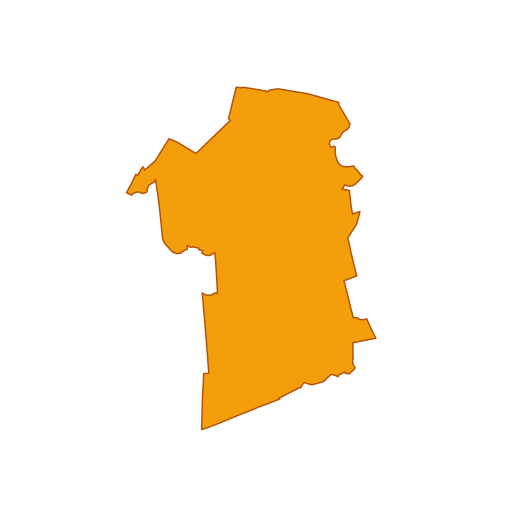 Tiream, Satu Mare, Romania (Equal Earth projection), rotated 305°
{"feature_id": "2599482B66236649043849", "entity_name": "Tiream", "entity_type": "district", "adm_level": 2, "iso_a3": "ROU", "parent_name": "Romania", "parent_adm1": "Satu Mare", "projection": "equal_earth", "projection_center": [22.455, 47.592], "detail": "fine", "context": "isolated", "style": "filled", "palette": "amber", "viewbox_px": 512, "rotation_deg": 305, "n_neighbors": 0, "source": "geoboundaries", "source_scale": "gbopen_adm2", "svg_char_len": 6082}
<svg xmlns="http://www.w3.org/2000/svg" viewBox="0 0 512 512"><g transform="rotate(305 256 256)"><path d="M263.9,389.5L266.5,385.1L268.0,382.7L267.0,382.0L265.9,381.0L264.8,379.6L263.9,378.1L263.4,377.1L263.4,376.6L263.5,375.7L263.5,374.5L263.3,374.1L262.5,372.7L261.2,371.1L266.2,365.3L268.6,362.4L273.2,357.2L277.6,352.3L279.6,349.9L284.8,343.9L286.3,342.3L286.8,342.7L291.4,345.8L297.4,349.9L298.5,348.7L300.8,346.1L304.1,342.3L307.1,338.9L313.7,331.4L321.2,323.4L323.1,321.1L323.5,320.8L337.9,320.2L338.8,320.3L339.7,320.2L340.3,320.0L351.8,315.8L351.9,315.6L346.6,311.6L345.8,311.0L350.9,305.7L359.3,298.3L362.7,295.2L363.2,295.0L361.2,290.3L360.3,288.3L364.9,287.9L365.9,290.0L366.4,292.0L366.8,292.6L367.3,293.1L368.7,294.5L369.2,294.9L370.2,295.4L372.5,296.3L374.0,296.5L377.8,297.3L379.2,297.5L379.6,297.6L380.5,297.7L381.7,297.7L382.1,297.8L382.5,297.3L382.7,297.1L382.7,296.6L382.6,295.5L382.7,295.0L382.8,294.4L383.0,293.5L383.5,292.1L384.2,290.3L384.4,289.1L384.3,288.2L384.4,287.6L384.5,287.2L384.9,286.1L385.3,285.4L385.6,284.8L385.7,284.3L385.4,283.9L385.0,283.6L384.5,283.1L383.9,282.5L382.9,281.3L382.3,280.6L380.7,278.5L380.3,277.9L379.6,276.6L378.9,275.0L378.9,272.7L378.9,272.4L379.2,271.2L379.6,269.9L380.1,269.0L380.2,268.7L381.0,267.4L381.9,266.1L382.7,265.1L383.4,264.3L384.2,263.4L384.6,262.8L385.4,262.1L386.0,261.6L386.8,261.1L388.2,260.2L389.8,259.2L390.2,258.9L390.4,258.6L390.6,258.4L390.8,257.9L390.8,257.2L390.7,256.9L390.2,256.5L389.1,256.0L388.1,255.2L387.9,255.0L387.9,254.8L388.4,254.1L389.6,252.4L389.8,252.0L390.2,251.7L391.2,251.1L391.7,250.9L392.2,250.8L392.6,250.7L393.2,250.7L393.7,250.8L394.2,251.0L394.7,251.2L395.4,251.7L396.0,252.3L396.4,252.7L397.2,253.8L398.5,255.2L398.9,255.5L399.5,255.8L400.2,256.2L400.7,256.4L401.1,256.5L402.8,256.5L404.3,256.3L405.0,256.2L406.4,256.2L407.0,256.3L408.1,256.4L408.7,256.6L409.7,257.1L412.0,258.1L412.5,258.2L413.0,258.3L413.5,258.4L414.2,258.4L414.9,258.2L415.5,258.1L417.3,257.5L418.1,257.2L422.3,248.1L425.5,241.2L427.1,237.6L427.6,236.8L428.1,236.5L429.3,235.6L429.2,235.3L429.0,234.9L428.7,234.1L427.4,230.4L425.5,225.0L423.2,218.4L420.7,211.3L419.4,207.7L418.4,205.0L416.9,201.7L415.1,197.9L414.0,195.9L413.8,195.4L413.3,194.3L413.0,193.7L412.8,193.5L411.3,190.1L409.2,185.6L405.9,178.8L405.6,178.2L404.5,177.1L403.1,175.4L400.1,172.4L399.3,171.6L397.8,171.8L396.5,170.3L396.8,170.0L396.9,169.9L396.9,169.7L396.6,169.0L396.2,168.1L391.5,158.1L390.4,155.9L389.5,154.2L387.5,149.8L385.3,147.2L382.9,143.0L352.8,154.7L352.3,157.3L345.7,155.9L336.1,154.0L325.6,151.9L310.6,149.0L305.5,148.0L305.3,145.5L305.2,142.9L304.7,135.4L304.1,126.4L302.2,117.5L291.0,118.1L280.8,118.6L276.4,118.9L275.8,118.8L262.8,115.6L263.5,114.0L263.7,113.5L264.1,112.2L259.5,112.3L254.4,113.1L253.9,110.7L243.7,112.4L239.6,113.1L239.6,112.8L233.6,113.6L233.8,114.8L233.8,115.5L233.9,116.0L234.1,116.7L234.5,117.7L234.6,118.0L234.5,118.3L234.3,118.7L234.2,118.9L234.3,119.0L234.6,119.2L234.8,119.3L235.1,119.3L236.1,119.4L236.7,119.4L237.2,119.7L237.6,120.0L238.2,120.5L239.1,121.1L239.5,121.4L240.2,122.0L240.8,122.7L241.2,123.6L241.5,124.7L241.6,125.4L241.6,125.9L241.8,126.4L242.3,127.0L242.9,127.7L243.7,128.5L244.4,129.1L245.1,129.6L245.8,129.8L247.0,129.4L247.4,129.2L248.8,128.5L250.3,128.0L251.5,127.6L252.0,127.6L253.2,128.0L254.8,128.6L255.7,128.9L257.1,129.6L258.1,130.0L260.6,130.2L257.0,133.7L253.3,137.1L249.8,140.5L243.5,146.2L238.8,150.4L235.0,153.7L228.8,159.1L219.6,166.9L217.1,169.1L216.1,170.3L215.9,170.6L215.5,171.2L215.1,171.7L214.6,172.6L214.3,173.3L213.9,174.3L213.6,175.6L213.3,176.7L213.0,178.1L212.9,179.1L212.7,179.8L212.3,181.1L211.9,182.6L211.6,183.8L211.6,184.3L211.6,184.9L211.5,185.9L211.8,187.8L212.3,188.5L212.3,189.0L212.5,189.6L212.9,190.1L213.2,190.5L213.8,191.2L214.3,191.9L214.7,192.4L215.1,192.7L215.5,192.9L216.4,193.1L218.4,193.7L219.8,194.4L220.5,194.7L221.1,195.3L221.8,195.7L222.1,195.8L222.3,195.7L222.8,195.3L223.8,194.5L224.7,193.9L224.9,193.9L225.3,194.1L225.4,194.4L225.5,194.5L225.4,194.9L225.3,195.3L225.2,195.8L225.2,196.1L225.4,196.8L225.8,197.5L227.2,199.2L227.7,200.1L228.2,201.5L228.6,202.3L229.0,203.0L229.4,203.5L229.5,203.8L229.0,204.7L228.5,205.2L228.4,205.5L228.6,206.2L229.1,207.4L229.3,208.3L229.7,209.1L227.3,210.1L227.4,210.8L227.4,211.8L227.7,213.5L227.9,214.6L229.0,216.6L230.0,217.8L231.1,218.5L232.6,219.0L233.7,219.5L234.6,220.1L234.9,220.5L229.8,224.9L225.3,228.5L218.5,234.0L208.7,241.7L203.2,245.9L202.4,243.8L201.9,243.4L201.3,243.0L200.7,242.7L199.6,242.5L198.7,242.0L198.3,241.6L197.7,241.1L196.9,240.0L195.5,237.8L195.3,237.0L195.0,233.9L194.6,233.2L194.4,233.6L193.8,234.1L185.6,241.1L185.2,241.2L184.2,242.1L182.4,243.5L181.4,244.4L180.9,244.8L174.2,250.6L172.4,252.1L170.9,253.3L168.2,255.6L167.3,256.3L162.7,260.1L160.9,261.6L159.5,262.7L154.7,266.7L147.6,272.6L146.2,273.6L136.7,281.5L133.0,284.6L131.7,283.1L129.6,280.6L121.1,286.1L112.6,291.2L111.0,292.2L105.8,295.7L101.0,298.8L98.0,300.9L90.8,305.6L82.7,311.0L87.2,314.5L95.5,320.1L104.5,325.9L107.2,327.7L112.9,331.3L118.0,334.5L123.6,338.3L126.6,340.4L133.9,344.8L141.1,349.9L152.4,357.4L153.0,356.5L153.4,356.8L164.5,362.5L172.4,366.8L173.4,367.7L173.8,368.0L174.3,368.1L174.9,368.2L177.0,367.9L178.5,367.8L179.3,368.0L180.1,368.5L180.4,369.0L180.6,369.9L180.8,370.9L181.3,372.2L181.6,373.1L182.0,374.3L182.4,375.6L187.0,379.4L190.5,382.3L191.3,382.8L192.1,383.3L193.0,383.6L193.9,383.9L195.3,384.0L196.3,384.1L200.0,385.0L202.0,385.4L202.7,386.6L202.9,387.2L203.1,387.8L203.7,389.6L204.0,391.2L204.0,391.5L204.2,392.4L204.7,392.4L206.0,392.3L206.7,392.5L211.8,395.4L211.6,395.8L211.4,396.3L211.4,396.9L211.4,397.2L211.7,397.7L212.0,398.1L212.5,398.7L212.7,399.1L212.9,399.5L212.9,400.0L213.4,399.9L213.9,400.0L215.0,400.4L216.4,400.8L218.8,401.2L220.0,401.3L221.4,401.3L221.6,400.4L221.9,399.5L222.4,398.6L222.7,398.0L223.6,396.9L226.6,394.4L227.2,394.8L228.7,393.6L230.8,391.9L235.0,388.9L240.7,385.2L243.4,387.9L244.9,389.3L249.9,394.2L253.9,397.9L256.7,400.7L257.3,401.2L258.8,398.6L262.8,391.5L263.9,389.5Z" fill="#f59e0b" stroke="#b45309" stroke-width="1.5"/></g></svg>